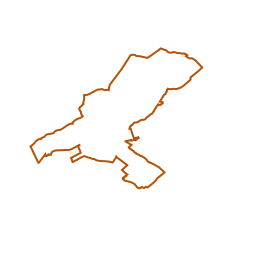 Puscasi, Vaslui, Romania (Robinson projection), rotated 149°
{"feature_id": "2599482B69764895612231", "entity_name": "Puscasi", "entity_type": "district", "adm_level": 2, "iso_a3": "ROU", "parent_name": "Romania", "parent_adm1": "Vaslui", "projection": "robinson", "projection_center": [27.64, 46.627], "detail": "fine", "context": "isolated", "style": "outline", "palette": "amber", "viewbox_px": 256, "rotation_deg": 149, "n_neighbors": 0, "source": "geoboundaries", "source_scale": "gbopen_adm2", "svg_char_len": 5871}
<svg xmlns="http://www.w3.org/2000/svg" viewBox="0 0 256 256"><g transform="rotate(149 128 128)"><path d="M88.4,189.0L103.3,181.7L120.7,174.7L121.0,174.4L121.9,173.9L124.2,171.5L125.0,170.3L126.4,171.6L128.2,172.4L128.7,172.7L129.9,174.3L130.6,175.0L131.7,175.2L134.0,176.5L137.1,176.8L139.0,176.7L140.2,177.0L142.4,176.9L144.6,177.2L146.1,177.5L147.1,178.0L147.8,178.4L148.7,178.8L149.6,177.3L150.5,175.6L151.7,174.3L153.2,172.9L153.5,172.6L153.6,172.4L153.7,171.6L154.0,171.6L154.5,171.4L154.9,171.2L156.8,170.8L158.0,170.6L158.6,170.5L159.0,170.3L159.8,169.8L160.2,167.8L160.1,166.0L160.6,165.2L160.7,164.8L160.8,164.0L161.0,163.5L161.0,163.1L160.6,161.5L160.7,161.4L162.1,161.1L164.2,161.3L164.5,161.3L165.2,161.6L165.6,161.6L166.8,161.9L167.9,161.9L169.0,161.9L172.6,161.3L172.8,160.7L172.9,160.4L173.0,160.2L173.3,160.2L173.6,160.3L174.0,160.7L174.5,161.0L175.5,161.3L176.5,161.5L177.8,161.6L183.9,161.3L186.7,161.2L187.4,161.6L189.0,162.2L190.4,162.6L191.4,162.7L192.1,162.8L192.6,162.7L194.0,162.1L194.4,162.0L196.4,162.6L200.7,164.2L201.2,164.2L202.1,164.2L202.5,164.0L203.3,163.8L204.5,163.6L205.0,163.6L205.5,163.7L207.5,163.9L208.2,163.5L208.6,163.5L208.9,163.7L209.7,164.2L210.2,164.3L211.8,164.3L213.3,164.2L214.2,164.0L214.9,163.7L216.2,163.1L217.5,162.9L218.7,162.7L220.0,162.4L220.9,162.5L221.0,162.5L222.8,144.4L222.1,144.3L221.1,144.6L218.8,145.6L217.1,146.2L215.1,147.0L214.1,147.3L212.5,148.1L213.0,146.5L212.1,145.8L209.9,146.4L209.6,145.4L207.7,145.3L207.6,145.0L205.9,146.4L205.6,146.5L204.4,146.6L203.8,146.5L202.2,146.2L201.6,146.0L200.8,145.6L190.0,139.7L189.1,139.3L187.8,139.0L186.9,138.9L178.4,138.5L178.4,138.3L179.3,138.3L180.1,138.2L180.6,138.1L180.4,138.0L180.2,137.6L180.2,137.4L180.3,137.0L180.5,136.1L181.1,132.0L181.3,131.1L192.2,131.7L192.3,131.2L192.2,130.9L192.2,130.6L192.9,128.1L193.1,127.5L193.0,127.3L191.0,127.2L189.1,127.1L187.9,127.0L185.4,127.0L184.5,126.9L183.5,126.9L180.3,126.6L180.1,126.5L179.1,125.5L178.6,124.8L177.6,123.5L175.9,121.9L174.9,120.4L174.3,119.8L172.6,118.4L172.4,118.1L171.9,116.9L171.5,116.4L170.9,115.7L169.4,114.6L167.4,113.0L165.7,112.0L161.8,109.1L160.6,108.1L159.2,106.5L158.2,106.6L157.3,107.0L156.8,107.2L156.5,107.4L156.2,107.6L155.0,108.2L153.9,108.7L152.8,109.6L152.6,108.7L152.0,106.9L151.6,105.8L151.0,104.5L150.2,102.5L148.8,99.1L148.4,97.9L147.8,96.5L154.8,95.1L154.6,94.5L154.3,93.3L153.6,91.2L153.3,90.2L152.5,88.5L155.7,88.1L155.4,87.8L157.6,87.8L158.3,87.7L158.4,87.3L158.0,86.7L158.3,86.6L158.6,86.4L158.5,85.8L158.4,85.8L157.8,84.9L157.4,84.0L156.1,82.8L155.5,82.3L154.8,81.5L153.2,79.8L152.0,78.0L151.8,77.5L151.4,76.9L151.2,76.3L151.1,75.5L150.9,74.2L150.7,72.7L150.6,72.0L149.4,70.4L149.2,70.3L148.9,70.4L148.4,70.5L148.1,70.5L147.8,70.2L147.5,70.1L146.5,70.3L146.2,70.0L146.1,69.6L145.1,68.2L143.0,68.5L142.9,68.4L142.1,67.0L138.1,67.4L134.4,68.0L132.7,68.3L130.9,68.8L130.3,69.2L129.5,69.6L128.7,69.9L122.8,70.6L119.6,71.1L120.1,73.1L121.8,78.8L121.9,79.0L122.2,79.0L122.3,79.5L123.1,80.9L124.1,82.9L124.5,83.4L124.8,83.9L125.5,84.7L125.6,85.2L126.2,86.1L126.9,87.0L127.1,87.1L127.4,87.2L127.5,87.3L127.4,87.5L127.6,88.2L127.9,88.5L128.4,89.1L128.4,89.4L128.2,90.3L128.9,93.0L129.1,93.5L129.7,94.9L130.1,95.4L130.4,96.2L131.1,97.5L131.5,97.5L132.0,98.3L132.2,99.0L132.3,99.1L132.4,99.3L132.7,99.7L133.0,100.2L133.1,100.4L133.4,100.8L133.9,101.5L134.2,101.7L134.1,102.3L134.1,102.5L134.6,103.4L134.9,103.6L135.1,104.0L135.0,104.6L135.0,105.0L135.3,105.7L135.6,106.1L135.8,106.7L136.2,107.2L136.3,107.5L136.2,107.6L136.4,108.5L136.8,109.1L137.1,109.3L137.2,109.8L137.2,110.1L137.1,110.5L137.2,111.0L134.6,111.5L133.7,111.7L134.5,113.1L137.0,117.7L136.3,118.0L134.4,117.0L131.7,116.2L131.9,115.6L127.8,114.2L127.8,113.7L126.6,113.7L126.6,114.4L124.0,113.9L124.0,114.9L124.6,114.9L124.9,114.9L126.3,115.4L128.2,116.1L127.5,119.5L126.1,126.0L126.9,126.3L127.2,126.5L125.5,128.2L125.2,128.3L124.7,128.3L124.3,128.2L123.8,128.5L123.7,128.6L123.2,128.4L121.3,129.1L120.0,129.4L119.6,129.3L118.5,128.6L117.8,128.4L117.2,128.2L116.6,128.2L115.8,128.0L114.0,128.2L113.4,128.2L111.7,127.7L110.9,127.4L110.4,127.0L110.1,126.9L109.5,126.7L109.0,126.7L108.1,126.8L106.9,127.3L105.7,127.5L105.1,127.4L104.7,127.5L102.7,127.9L101.6,128.0L100.3,128.0L99.4,128.0L98.4,128.7L97.8,128.8L97.4,129.0L97.0,129.2L96.8,129.4L96.3,129.6L95.2,130.3L94.5,130.6L93.0,131.4L90.1,132.7L90.1,132.4L90.0,132.1L89.6,131.7L88.9,131.6L88.6,131.5L88.5,131.3L88.5,131.2L87.7,131.2L87.3,131.4L87.1,131.4L86.7,131.2L86.2,131.3L85.1,131.6L85.1,132.1L85.2,132.6L85.7,133.0L87.1,134.2L83.1,136.3L81.3,137.2L80.6,137.6L79.6,138.0L79.4,138.0L79.2,138.0L78.7,137.8L78.5,137.7L77.9,138.1L77.1,138.8L76.6,139.0L76.4,139.3L76.2,139.3L75.9,139.3L75.7,139.5L75.5,139.8L75.0,140.4L74.6,140.7L74.4,140.9L74.2,141.0L73.6,141.2L73.2,140.5L72.7,140.1L70.9,139.0L69.9,138.6L68.1,137.8L67.5,137.0L65.8,136.2L63.7,135.9L62.6,135.5L58.8,135.6L57.4,135.8L55.9,136.1L51.8,136.8L50.7,136.9L50.0,137.1L49.5,137.2L49.5,137.5L49.3,137.9L48.7,138.7L48.2,139.1L44.5,139.7L41.6,140.1L40.9,140.2L38.1,140.6L33.3,141.6L33.3,141.8L33.2,142.0L33.6,142.9L33.9,144.3L34.2,146.2L34.9,148.8L35.0,149.4L35.0,150.2L35.2,150.8L36.1,152.6L36.6,153.8L37.1,154.5L38.0,155.3L39.0,155.7L39.5,156.1L40.4,157.6L40.8,158.7L41.1,159.1L41.3,159.5L39.7,159.9L40.4,161.6L40.9,161.6L41.4,162.9L41.9,163.2L42.8,163.6L43.3,163.7L44.2,164.8L45.8,166.1L47.3,166.9L47.7,167.4L48.1,168.1L48.9,169.0L50.1,169.8L51.3,170.0L52.0,170.2L53.1,170.9L53.8,171.3L54.0,171.7L54.2,172.1L54.4,172.5L54.8,173.0L55.0,174.1L55.6,175.4L55.8,175.6L56.3,176.0L56.5,176.3L56.8,176.7L57.1,177.0L57.4,177.5L58.4,178.6L59.0,179.4L60.1,179.3L60.9,179.0L61.3,179.0L65.2,178.8L67.6,178.5L68.3,178.5L70.2,178.3L75.3,178.1L77.9,180.6L81.1,183.6L82.5,184.5L83.5,185.3L84.0,185.9L84.3,186.8L84.6,187.2L86.0,188.2L87.0,188.7L88.0,189.0L88.4,189.0Z" fill="none" stroke="#b45309" stroke-width="2"/></g></svg>